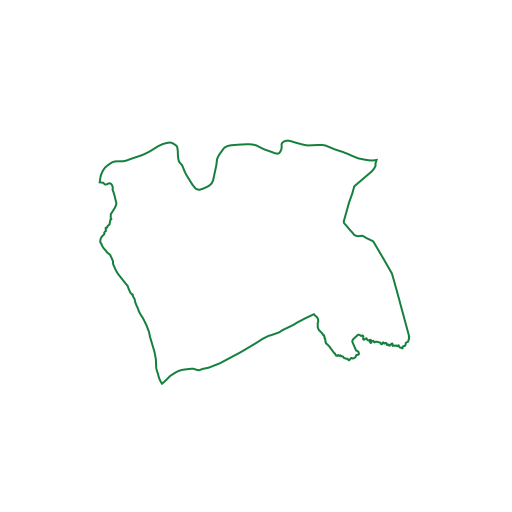 the district of Yang Chum Noi, Si Sa Ket, Thailand, rotated 140°
{"feature_id": "78962969B51834817118015", "entity_name": "Yang Chum Noi", "entity_type": "district", "adm_level": 2, "iso_a3": "THA", "parent_name": "Thailand", "parent_adm1": "Si Sa Ket", "projection": "albers", "projection_center": [104.393, 15.245], "detail": "fine", "context": "isolated", "style": "outline", "palette": "green", "viewbox_px": 512, "rotation_deg": 140, "n_neighbors": 0, "source": "geoboundaries", "source_scale": "gbopen_adm2", "svg_char_len": 6070}
<svg xmlns="http://www.w3.org/2000/svg" viewBox="0 0 512 512"><g transform="rotate(140 256 256)"><path d="M410.1,218.6L407.5,218.6L402.8,218.9L398.9,219.3L392.5,218.5L389.6,217.8L388.5,217.4L386.2,216.5L382.2,214.0L377.6,210.9L376.9,210.3L376.4,209.8L374.2,206.3L373.5,205.5L373.1,205.1L369.5,203.8L365.4,201.6L364.1,200.9L352.5,197.0L329.3,192.1L312.8,189.4L304.5,188.3L302.9,188.0L297.5,186.7L295.3,185.6L287.2,182.6L283.5,182.2L271.7,179.2L267.4,178.6L258.3,176.6L249.1,174.2L249.0,172.1L248.7,170.7L248.7,169.4L249.0,167.8L249.2,167.4L249.9,166.7L250.2,166.0L252.4,164.4L253.0,163.6L253.3,163.1L254.5,161.8L254.6,161.5L255.5,158.8L255.2,157.6L255.3,156.7L255.0,154.3L255.0,153.6L255.3,153.1L255.3,152.5L254.9,151.6L255.1,151.4L255.1,150.9L255.4,150.6L255.5,150.0L256.3,149.1L256.1,148.5L256.2,148.2L256.5,148.1L256.7,147.8L256.8,147.2L257.2,146.6L257.5,146.3L257.6,146.0L257.9,145.7L258.0,144.8L258.4,144.5L258.5,144.2L258.1,141.6L258.0,139.6L257.9,138.9L258.1,138.2L258.5,131.4L258.2,130.4L258.5,129.7L258.6,128.0L258.4,127.8L257.8,127.6L257.7,127.2L257.2,127.1L256.9,127.3L256.7,127.2L256.4,126.7L256.4,125.9L255.2,125.5L255.2,125.2L255.3,124.7L254.8,124.4L254.6,123.7L254.1,123.1L254.0,122.8L254.2,121.8L254.1,121.3L253.0,119.4L252.8,119.1L252.1,118.6L252.0,118.0L252.0,116.8L251.9,116.5L251.6,116.3L251.1,116.3L248.8,116.7L248.5,116.6L248.3,116.4L247.9,115.4L247.0,114.9L246.4,114.7L245.4,114.6L244.7,114.7L244.1,114.9L243.1,115.5L242.7,115.6L241.0,114.6L240.7,114.6L240.2,114.7L239.9,115.2L239.2,116.5L239.2,117.0L239.4,117.9L240.0,119.2L240.0,119.5L237.5,127.9L237.2,128.6L236.7,129.1L235.6,129.6L234.7,129.8L229.1,130.1L228.0,129.8L227.5,129.2L226.8,127.1L225.5,126.6L225.3,126.4L225.3,126.0L225.7,125.1L226.6,124.3L227.3,123.5L227.4,123.2L227.3,122.8L226.7,122.3L224.9,122.2L224.5,122.0L224.3,121.9L224.3,121.6L224.7,120.4L224.5,119.6L224.2,119.2L223.7,118.9L222.6,118.5L222.1,118.1L222.1,117.6L222.3,117.4L223.6,117.5L223.9,117.4L224.0,116.7L224.0,115.7L223.8,115.6L223.4,115.5L222.7,116.2L222.3,116.2L221.1,115.9L220.9,115.8L220.7,115.5L220.7,115.3L220.8,114.1L220.7,113.7L219.2,113.3L218.9,113.1L216.9,110.3L216.4,109.6L216.4,109.3L216.8,108.5L216.7,107.9L216.2,107.6L215.9,107.5L215.6,107.6L214.3,108.1L214.0,108.0L213.9,107.7L214.0,106.8L213.9,106.4L212.7,106.1L212.4,106.0L212.2,105.7L212.2,105.2L212.8,104.0L212.8,103.6L212.5,103.4L211.8,103.4L211.5,103.1L211.4,102.7L211.6,101.7L211.2,101.4L210.5,101.8L210.4,101.8L209.5,101.6L208.3,101.6L208.0,101.5L207.9,101.4L207.9,101.0L209.0,99.9L209.1,99.5L209.0,99.2L208.0,98.9L207.8,98.8L207.3,97.8L206.2,97.4L206.1,97.2L205.9,96.3L205.8,96.2L205.3,96.1L204.7,96.1L204.2,95.9L204.7,94.0L204.7,93.9L203.5,91.5L203.1,91.2L202.9,91.2L202.2,92.1L201.9,92.3L201.2,92.2L200.2,91.7L199.5,91.4L199.2,91.5L198.4,92.0L197.4,92.9L197.1,93.0L196.3,93.1L194.6,92.6L194.3,92.7L193.9,92.9L193.2,93.7L191.9,94.1L190.9,95.8L190.7,95.9L190.4,95.9L170.3,139.3L163.6,154.1L163.1,155.5L160.2,171.5L156.8,191.7L157.4,193.3L159.9,198.8L161.1,202.4L161.5,203.1L165.2,205.6L165.8,206.3L166.5,207.5L167.1,208.6L167.2,209.3L167.1,211.3L167.3,215.0L167.3,221.5L167.4,223.7L167.3,224.9L166.6,226.0L165.8,226.6L150.1,237.3L141.9,242.1L135.9,246.2L112.5,246.4L108.9,247.2L106.6,248.2L106.2,248.5L105.2,249.9L101.9,252.1L104.8,253.8L107.6,256.3L111.2,260.4L115.0,265.2L118.3,271.5L119.8,274.7L121.1,277.1L121.7,278.0L122.2,279.2L127.1,287.0L131.7,295.9L134.0,298.6L136.8,300.9L145.4,307.5L147.8,310.3L152.2,316.5L155.6,321.7L157.1,323.6L158.0,324.3L159.5,325.2L160.2,325.5L161.8,325.8L163.1,325.8L164.0,325.5L164.7,325.0L166.8,322.4L168.4,321.2L170.6,320.2L171.3,320.1L172.4,320.0L173.2,320.2L174.2,321.0L175.6,322.8L176.7,324.9L181.1,332.3L182.7,335.8L184.7,340.6L186.8,343.4L189.6,346.2L191.2,347.5L197.0,351.9L203.7,356.7L205.8,357.9L207.7,358.7L210.1,359.2L210.9,359.2L212.3,359.0L214.5,358.4L217.4,357.7L219.8,357.0L222.0,356.1L223.2,355.4L223.9,354.9L228.2,350.9L240.4,341.4L243.1,340.2L244.5,340.0L245.1,340.0L246.7,340.0L248.5,340.3L253.6,341.7L254.7,342.2L256.5,342.9L257.3,343.6L258.3,345.1L258.7,345.9L258.9,346.8L258.9,351.1L257.5,361.1L257.1,363.5L256.3,366.7L255.0,370.7L254.3,373.0L254.4,376.6L254.4,377.4L254.1,378.2L252.9,380.7L250.8,383.7L248.5,386.6L246.8,389.3L246.3,390.2L246.2,391.0L246.2,392.2L247.2,395.5L248.3,397.5L249.2,398.4L250.8,399.4L253.9,401.0L255.6,401.7L257.3,402.2L260.3,403.0L268.8,404.2L272.5,404.9L277.5,406.2L281.8,407.8L287.5,410.1L293.6,412.3L295.2,413.0L296.9,414.0L302.4,418.5L303.7,419.3L305.1,419.9L306.0,420.2L308.7,420.6L311.9,420.8L314.5,420.8L317.1,420.2L319.1,419.5L322.5,417.8L324.2,416.6L328.4,412.9L326.2,410.6L326.0,410.1L325.8,408.3L325.5,407.6L325.1,407.3L324.2,406.8L322.6,406.4L321.5,406.0L320.7,404.5L320.6,403.4L321.3,401.2L321.6,400.7L323.0,399.2L323.4,398.7L324.1,396.5L325.8,392.7L327.8,388.7L328.6,386.9L329.5,385.7L330.8,384.8L332.8,383.8L337.2,382.3L340.3,381.4L340.5,381.2L342.6,378.9L342.7,378.6L342.8,377.8L343.2,377.2L344.5,377.3L345.5,376.2L346.2,375.8L348.0,374.3L348.2,374.2L349.2,374.4L350.2,374.4L350.5,374.2L350.8,373.9L351.3,373.8L351.9,373.5L352.1,373.6L352.6,374.1L353.0,374.1L353.3,374.0L353.7,373.5L353.8,373.0L354.0,372.7L354.5,372.3L354.7,371.8L354.8,371.7L355.9,371.8L357.3,371.4L357.9,370.5L358.3,370.2L360.6,370.1L361.8,369.9L363.7,369.2L364.5,368.6L365.6,367.6L366.1,367.1L366.5,366.5L366.6,365.8L366.6,364.5L367.1,363.9L367.1,363.6L367.2,362.9L367.6,361.2L367.7,360.2L367.7,358.4L367.5,356.3L367.8,355.3L367.8,354.9L367.6,353.4L367.1,351.6L367.0,350.3L367.4,349.4L368.1,346.5L368.6,344.9L368.9,343.9L370.4,342.1L370.9,341.0L372.4,335.7L372.7,334.2L373.1,331.9L373.3,329.3L373.6,318.2L373.5,316.0L373.7,315.1L374.4,313.5L375.8,308.9L375.9,307.8L375.3,305.9L375.7,305.8L375.8,305.6L375.9,304.5L376.4,303.1L376.7,301.0L377.9,298.9L378.3,298.0L379.6,294.2L379.8,292.7L380.4,291.6L380.6,290.6L381.2,289.2L381.6,287.6L382.1,284.9L382.5,281.6L383.0,279.1L384.5,273.1L386.9,266.3L389.0,262.6L395.3,248.0L399.1,241.2L403.8,235.2L404.7,233.8L405.2,233.0L406.5,229.6L408.8,224.6L409.8,220.8L410.1,218.6Z" fill="none" stroke="#15803d" stroke-width="2"/></g></svg>